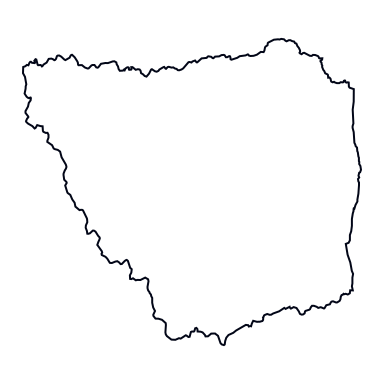 Maimine, Debub, Eritrea
{"feature_id": "51966322B74270898723774", "entity_name": "Maimine", "entity_type": "district", "adm_level": 2, "iso_a3": "ERI", "parent_name": "Eritrea", "parent_adm1": "Debub", "projection": "equal_earth", "projection_center": [38.484, 14.552], "detail": "fine", "context": "isolated", "style": "outline", "palette": "ink", "viewbox_px": 384, "rotation_deg": 0, "n_neighbors": 0, "source": "geoboundaries", "source_scale": "gbopen_adm2", "svg_char_len": 5766}
<svg xmlns="http://www.w3.org/2000/svg" viewBox="0 0 384 384"><path d="M361.0,169.8L360.4,166.0L359.2,164.0L359.3,161.9L358.9,161.2L358.9,157.8L358.4,156.5L357.8,152.2L357.3,151.2L357.0,147.6L355.6,146.0L355.3,144.6L354.4,142.8L353.7,132.1L352.6,127.9L352.6,126.1L353.4,123.5L352.7,109.7L353.7,101.7L353.8,89.1L349.6,87.7L348.9,86.7L348.7,82.5L347.8,82.3L346.3,82.6L345.5,82.0L345.1,80.6L344.5,80.5L343.9,80.8L343.4,82.1L342.9,82.4L340.7,82.2L339.3,83.1L336.8,83.1L335.0,82.5L334.0,81.8L332.8,82.3L331.4,81.7L331.1,81.3L330.5,78.7L329.4,77.5L328.2,77.7L327.9,74.9L327.5,74.4L325.2,73.3L324.3,71.1L323.3,69.9L322.1,66.9L322.3,65.6L321.7,64.5L321.5,62.6L320.5,61.5L320.5,60.8L322.1,59.7L322.3,58.3L319.5,58.4L319.0,58.0L318.6,56.8L318.0,56.1L315.2,55.0L313.0,54.9L311.7,55.9L309.9,55.8L304.2,52.8L303.1,53.0L301.6,54.2L300.0,53.4L299.5,52.8L300.1,51.6L300.0,50.3L298.8,47.8L297.4,46.1L296.4,43.6L295.0,43.1L294.2,41.6L292.1,41.1L290.4,40.2L288.9,40.2L286.6,41.3L285.5,40.8L284.0,39.3L281.2,38.9L279.6,39.5L278.0,39.3L273.9,39.7L268.2,42.6L267.8,43.1L267.5,45.3L265.5,46.6L265.0,47.5L264.4,50.6L263.6,52.1L260.8,51.9L256.9,54.7L253.6,55.8L250.5,56.0L249.0,55.6L248.2,54.5L247.7,54.4L245.6,55.4L239.7,56.2L237.3,57.8L231.5,59.7L230.6,59.3L230.4,57.3L230.0,56.3L229.2,56.1L227.2,57.2L225.9,57.2L224.6,55.2L223.8,54.9L221.5,55.1L219.1,56.4L215.1,56.6L213.4,58.2L212.6,58.1L211.2,56.8L208.4,56.3L207.7,56.6L206.6,57.9L201.6,58.4L197.3,62.3L196.5,62.3L195.1,60.5L192.4,61.5L191.5,62.5L189.7,62.0L188.5,62.2L183.2,68.4L181.5,69.5L179.1,70.3L177.7,70.1L176.6,68.9L175.1,68.6L173.3,67.4L171.5,67.6L168.8,66.8L167.6,67.1L166.1,68.8L165.6,68.7L164.2,66.9L163.5,67.1L159.4,69.5L158.4,70.9L156.7,71.7L155.0,71.3L151.9,69.2L151.1,69.6L149.0,73.7L146.5,76.6L144.7,76.0L142.9,74.2L141.1,73.2L140.5,70.6L139.6,69.5L137.9,69.2L135.7,69.8L132.5,67.1L131.3,67.1L131.5,69.1L131.2,69.6L129.2,69.8L128.9,69.5L128.9,67.9L128.5,67.4L127.3,67.3L125.6,68.4L124.7,70.2L124.1,69.5L123.0,70.6L119.8,70.8L118.6,69.0L118.0,66.4L116.7,64.3L116.3,62.4L114.4,61.3L112.8,61.4L107.9,63.1L105.4,63.0L101.0,63.8L98.4,67.2L97.7,67.7L96.3,67.4L94.5,65.0L92.5,65.0L91.5,65.4L88.6,68.4L87.5,68.5L84.9,67.5L81.9,65.1L78.5,65.2L78.1,64.7L77.8,62.4L77.2,61.2L74.7,57.3L72.1,54.8L71.4,54.9L70.7,55.5L69.6,57.7L65.4,60.1L64.4,59.6L61.2,56.6L59.2,55.5L57.7,55.6L56.9,56.2L56.0,58.9L55.0,60.0L54.3,60.2L52.8,59.1L51.3,58.6L48.7,58.9L46.6,62.6L43.6,64.5L42.3,66.3L41.8,66.4L41.5,65.6L40.6,65.0L38.1,65.2L37.6,64.6L36.3,59.5L35.5,59.2L34.3,60.8L34.9,62.1L35.0,62.7L34.7,63.1L32.0,62.8L31.0,61.8L30.3,61.8L29.5,62.7L28.4,65.3L26.9,64.9L25.2,66.3L23.2,67.0L23.0,73.2L25.0,76.9L26.3,84.3L25.7,86.3L25.6,88.7L24.6,93.6L26.6,96.7L27.8,97.7L29.1,98.2L30.3,97.5L30.7,97.6L30.9,98.2L30.6,100.4L28.8,102.9L28.0,106.6L25.5,111.1L25.5,112.9L28.3,116.6L28.3,117.3L27.1,118.6L26.0,121.2L26.4,122.1L28.2,123.7L32.4,126.1L34.6,128.5L35.5,128.0L37.2,125.1L40.5,126.1L42.6,126.3L42.9,130.9L43.4,131.8L45.7,132.9L47.5,132.8L48.5,134.8L48.5,137.7L47.4,140.6L47.3,141.9L52.1,145.2L53.7,148.5L54.7,149.1L57.8,149.9L60.1,151.6L61.6,157.3L65.8,164.5L66.4,166.4L66.4,167.2L65.9,168.7L64.8,170.4L63.6,173.5L63.5,174.9L64.2,179.7L66.4,181.9L66.7,182.9L65.2,185.5L67.3,192.3L67.7,193.0L70.3,194.9L72.3,199.5L74.6,202.7L75.4,206.6L79.5,210.1L81.0,209.8L82.3,209.9L83.0,210.4L86.9,218.4L87.1,219.4L87.3,222.2L85.9,225.4L85.7,227.8L86.9,230.9L87.3,233.7L88.3,233.8L89.9,233.3L92.8,230.6L93.9,230.6L95.5,231.6L98.1,235.8L99.6,237.4L99.8,238.4L99.3,239.9L98.4,241.8L97.3,244.9L101.8,251.2L102.2,252.7L101.5,253.8L101.8,255.0L105.5,256.8L107.3,258.7L109.8,262.8L110.2,262.9L111.9,263.0L115.3,261.6L117.3,261.2L119.1,262.4L120.6,264.1L121.8,264.0L124.8,260.9L126.2,260.0L126.7,259.9L127.9,260.9L130.2,267.9L131.6,269.0L131.7,269.5L131.3,272.7L129.9,275.3L130.1,278.9L131.3,279.1L133.0,278.3L135.8,280.3L137.2,279.9L140.4,280.0L145.2,277.6L148.1,279.3L148.5,281.3L147.5,286.9L147.6,288.6L148.2,290.5L149.5,292.2L149.7,293.1L150.9,294.5L151.3,296.3L152.2,297.9L152.2,302.8L152.9,306.1L153.2,307.5L155.0,311.0L153.3,314.7L153.4,315.9L155.5,318.6L158.4,318.7L162.0,319.8L165.7,323.1L165.9,325.0L165.4,332.4L165.8,334.4L166.9,336.1L171.4,339.6L175.4,339.8L179.0,338.2L180.7,338.6L185.7,335.3L186.4,335.5L188.4,337.0L189.6,336.8L190.9,332.0L192.0,331.5L193.8,331.6L194.4,331.0L195.2,328.3L196.4,327.9L197.4,329.1L197.6,331.5L200.6,331.7L202.6,332.4L204.9,334.9L205.5,336.4L208.0,336.3L211.2,333.6L215.0,333.5L218.0,335.8L220.5,343.1L221.7,344.4L223.9,345.1L224.7,344.5L225.2,341.0L226.3,337.7L228.5,335.0L233.3,332.8L236.1,330.5L245.8,324.9L248.2,325.2L248.8,326.5L250.6,326.0L251.1,326.2L251.8,323.7L253.2,320.8L256.9,321.8L259.9,321.7L262.4,321.0L263.1,319.9L263.2,318.1L263.0,317.4L263.6,316.9L264.0,315.5L264.7,315.0L267.2,314.0L269.6,314.8L271.2,314.7L273.1,313.5L279.2,311.3L284.3,307.9L285.6,308.9L289.6,306.8L289.8,307.6L290.9,308.6L293.7,307.1L296.5,308.0L298.9,311.5L299.9,313.8L301.5,314.6L303.0,314.5L304.6,313.4L305.0,311.5L305.5,310.9L309.3,309.7L310.0,309.2L310.8,307.3L312.0,305.8L313.9,305.8L316.7,306.8L318.2,307.9L320.8,307.2L324.0,308.5L324.5,308.2L326.3,305.2L329.9,304.3L330.8,302.4L331.6,301.6L333.0,301.3L336.1,302.5L337.2,302.4L339.6,300.9L340.4,299.3L340.8,296.7L341.6,295.1L342.8,294.7L343.5,293.8L344.2,294.2L345.7,293.8L347.8,294.5L349.8,293.3L350.2,290.3L352.8,290.4L351.9,286.3L352.4,283.5L352.4,277.6L353.1,273.9L351.8,270.8L350.3,262.5L347.6,254.7L345.8,243.9L348.6,242.8L349.9,240.3L349.9,235.0L351.2,231.3L351.9,225.9L351.9,219.0L352.8,213.4L353.5,211.1L353.6,209.0L353.8,208.2L354.2,208.0L354.5,208.3L355.5,205.0L357.4,201.5L357.4,199.5L358.4,193.7L359.0,185.3L359.0,182.4L358.4,181.5L358.0,179.0L359.2,177.5L358.5,175.7L359.1,173.1L359.2,172.7L360.1,172.3L361.0,169.8Z" fill="none" stroke="#020617" stroke-width="2"/></svg>